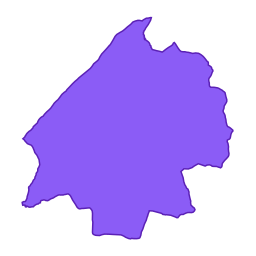 the district of Sumbawanga Urban, Rukwa, United Republic of Tanzania, rotated 271°
{"feature_id": "72390352B60773938386935", "entity_name": "Sumbawanga Urban", "entity_type": "district", "adm_level": 2, "iso_a3": "TZA", "parent_name": "United Republic of Tanzania", "parent_adm1": "Rukwa", "projection": "orthographic", "projection_center": [31.593, -7.975], "detail": "fine", "context": "isolated", "style": "filled", "palette": "violet", "viewbox_px": 256, "rotation_deg": 271, "n_neighbors": 0, "source": "geoboundaries", "source_scale": "gbopen_adm2", "svg_char_len": 5542}
<svg xmlns="http://www.w3.org/2000/svg" viewBox="0 0 256 256"><g transform="rotate(271 128 128)"><path d="M89.8,221.3L90.7,222.3L91.5,222.6L92.2,222.7L93.7,222.8L94.6,223.2L96.6,224.7L97.8,225.7L99.0,226.9L101.3,228.8L102.7,229.3L104.4,229.4L106.1,229.0L107.9,228.8L109.2,228.7L110.2,228.8L111.3,228.8L112.9,228.5L114.5,228.2L115.9,227.4L117.7,227.6L118.2,228.5L118.7,229.7L119.8,230.4L120.9,230.6L123.3,231.0L124.5,231.4L125.8,232.0L126.5,232.8L127.6,232.9L129.0,231.3L129.8,230.3L130.5,229.3L130.9,228.2L131.3,227.6L132.4,226.9L135.7,226.0L137.7,225.8L139.3,225.4L140.5,225.0L141.4,225.0L142.5,224.7L143.6,224.2L144.7,223.5L145.9,222.9L147.1,222.8L148.2,223.2L149.3,223.6L150.5,223.7L151.7,223.8L152.3,224.2L155.3,225.9L156.3,226.3L158.0,226.3L161.2,225.3L162.5,225.0L165.0,224.4L165.8,223.6L166.4,222.6L167.2,221.8L167.8,220.7L168.5,219.4L169.3,218.0L169.7,216.8L170.0,214.9L170.2,213.4L170.2,211.6L170.2,209.9L171.3,208.8L173.0,208.5L174.5,208.5L175.8,208.1L177.0,207.9L178.4,207.9L179.7,208.5L180.5,209.2L181.8,210.0L183.0,210.5L185.2,211.2L186.4,211.9L187.4,211.8L187.9,211.3L188.7,210.7L189.6,210.6L190.7,209.9L191.7,208.4L192.3,207.2L193.6,207.2L194.4,207.2L195.3,207.0L196.2,205.8L197.8,204.6L199.5,203.2L200.9,201.9L202.3,200.1L203.0,199.0L203.9,197.3L204.2,194.3L203.7,191.3L204.2,189.3L204.7,187.1L204.8,185.6L205.2,183.7L205.2,181.3L205.5,179.6L206.7,178.2L209.3,176.3L212.9,174.0L214.3,172.8L213.7,171.9L212.0,171.1L210.8,169.6L209.2,167.0L206.9,163.9L205.2,161.9L204.5,160.8L204.8,159.9L205.3,157.9L205.8,155.2L206.5,152.5L206.7,151.5L207.0,150.8L207.5,150.5L208.3,150.2L208.9,149.6L209.8,149.6L210.6,149.4L211.1,148.6L212.1,148.4L213.4,147.8L214.5,146.8L215.3,145.8L215.7,145.1L216.4,144.2L216.7,144.0L217.2,143.9L216.8,143.1L217.5,142.8L217.9,142.8L218.5,143.1L218.9,142.7L219.5,142.5L220.0,142.8L220.5,142.6L220.8,142.6L221.3,142.4L221.6,141.8L223.1,141.8L224.0,141.7L224.5,142.2L225.3,142.2L226.4,143.1L228.3,144.0L231.8,146.4L236.1,148.7L238.4,149.3L238.8,149.4L238.8,148.5L238.6,147.7L238.2,146.2L238.1,144.4L236.3,141.3L235.3,140.3L235.8,137.7L235.8,136.1L235.7,136.1L235.7,135.7L235.1,133.5L234.1,131.1L231.7,128.9L229.2,125.8L226.6,123.0L224.8,120.8L223.5,118.5L221.3,115.1L220.8,114.7L219.4,113.5L214.9,111.1L211.5,109.1L210.1,108.0L210.1,107.8L209.3,107.2L206.9,105.2L204.5,103.1L201.5,100.4L198.5,98.6L196.1,97.5L195.2,96.7L194.5,96.0L191.6,92.6L188.9,90.9L186.9,89.3L182.2,83.8L177.3,78.0L175.6,76.4L173.7,74.2L172.6,73.1L171.2,71.7L168.3,69.1L165.4,66.4L163.7,65.3L162.6,63.7L160.5,61.4L157.4,59.2L155.1,57.5L153.3,55.5L151.4,53.7L150.1,52.9L148.4,51.7L146.6,50.5L145.0,49.0L142.6,46.4L140.2,44.2L138.4,43.0L137.7,41.7L136.8,40.5L135.6,39.4L134.7,38.7L133.0,37.8L131.6,37.4L127.7,33.3L126.5,33.0L124.1,30.9L123.4,29.9L122.9,29.1L121.1,27.3L120.2,26.6L119.1,26.0L118.1,25.4L118.0,25.2L117.2,25.0L115.4,23.1L114.2,24.6L113.1,25.3L112.1,26.3L110.6,27.7L109.7,29.9L109.4,31.0L108.7,32.0L107.0,33.2L105.4,33.9L103.8,34.6L102.0,35.2L100.6,36.2L99.7,37.1L97.9,38.1L96.6,38.7L94.9,39.6L93.6,39.8L93.3,39.9L92.6,39.9L92.2,40.0L91.8,40.1L89.8,40.4L88.8,40.1L86.9,39.3L86.1,38.7L85.2,38.5L83.7,38.5L82.7,38.2L81.9,37.6L81.1,37.0L80.1,37.0L79.0,36.7L78.2,36.3L77.2,35.8L76.1,35.8L75.2,35.3L74.2,34.3L73.2,33.9L72.0,33.4L70.9,32.7L69.9,31.8L68.6,31.2L67.5,29.9L66.3,29.6L65.7,29.9L64.2,29.9L63.1,29.8L61.6,29.5L60.1,29.1L58.5,28.6L57.3,28.3L55.8,28.2L54.7,27.6L53.6,27.2L52.7,26.6L52.6,25.0L51.8,23.5L50.6,23.7L50.4,23.7L50.3,23.8L49.8,23.9L49.5,23.9L48.9,24.1L49.1,25.0L49.1,25.4L49.0,25.9L48.9,26.5L48.2,26.6L47.7,26.6L47.5,27.1L47.4,27.1L47.4,27.3L47.4,27.7L47.5,27.7L48.1,27.9L48.1,28.3L47.9,28.9L47.7,29.4L47.5,29.6L47.5,29.8L47.2,30.4L47.1,30.5L47.2,31.7L47.3,31.9L47.2,32.1L47.4,32.8L47.5,33.1L47.6,33.3L47.6,33.7L47.5,34.1L47.5,34.4L47.5,34.5L47.8,35.0L48.3,35.3L48.9,36.0L49.0,36.1L49.8,37.3L50.1,37.8L50.1,38.1L50.4,38.7L50.5,39.6L50.6,39.8L51.3,40.4L51.5,40.9L51.7,41.7L52.5,41.7L53.2,42.0L53.7,42.1L54.0,42.5L54.2,43.4L54.4,44.3L54.7,45.1L54.5,46.1L54.1,46.8L54.1,47.4L54.0,47.6L54.0,48.4L53.9,49.0L54.5,50.1L54.8,50.6L54.9,50.8L55.0,50.8L55.7,51.8L56.8,54.6L58.0,56.3L59.7,59.4L59.9,60.5L59.9,60.9L59.8,61.7L59.9,63.1L59.9,64.4L60.3,65.5L60.5,66.8L60.6,67.1L60.8,67.9L61.0,68.5L61.0,69.5L60.2,70.7L59.1,71.7L56.5,73.1L55.0,73.9L53.2,75.1L50.9,76.7L47.9,78.5L46.9,79.6L46.4,80.5L46.3,81.3L46.7,82.9L46.8,85.0L47.2,88.2L47.5,90.9L46.9,91.9L44.7,93.6L42.1,94.0L38.6,94.0L35.6,94.0L33.2,94.5L29.1,94.4L23.1,94.3L21.7,94.6L20.9,95.5L20.2,97.3L20.1,98.4L20.0,101.5L20.9,103.9L21.5,106.4L21.5,107.7L21.5,110.4L21.3,114.7L21.1,121.0L21.0,123.0L19.9,125.6L18.7,127.6L17.5,130.6L17.2,132.4L17.7,133.6L17.5,135.5L17.5,138.6L17.9,140.9L18.5,141.8L21.0,142.7L24.3,143.2L27.3,144.6L32.2,146.1L36.2,147.9L39.0,148.6L40.4,149.2L40.9,149.2L40.9,149.3L41.8,149.5L43.1,149.9L44.8,150.6L45.6,150.7L45.5,154.0L43.8,160.9L43.2,163.2L42.2,164.3L42.1,165.2L42.2,165.3L41.8,166.9L42.0,168.1L41.9,168.6L41.5,172.5L41.1,173.4L40.4,175.4L39.8,177.1L39.2,178.2L39.2,179.4L40.3,180.2L42.1,181.7L42.5,183.0L42.5,184.7L43.2,185.9L44.0,187.6L44.5,189.1L44.6,191.2L44.5,192.8L44.9,194.5L46.3,195.9L47.6,196.4L49.2,195.6L50.3,194.1L52.2,192.2L54.5,191.9L56.0,192.0L58.0,191.4L59.5,191.0L61.2,190.6L63.1,190.1L65.1,190.1L67.9,189.0L68.8,187.7L70.9,186.7L72.4,185.7L74.1,185.2L74.9,184.8L79.2,184.0L85.4,181.7L88.2,184.7L88.1,189.0L89.5,192.7L91.3,195.1L93.5,198.9L92.6,201.8L91.3,205.8L92.3,207.7L92.6,210.0L92.0,212.0L91.2,212.8L91.1,214.3L91.1,217.2L90.5,219.0L90.0,220.7L89.8,221.3Z" fill="#8b5cf6" stroke="#5b21b6" stroke-width="1.5"/></g></svg>